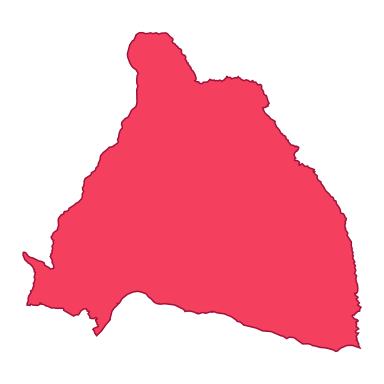 outline of Bantaeng, Sulawesi Selatan, Indonesia
{"feature_id": "22746128B71175962379658", "entity_name": "Bantaeng", "entity_type": "district", "adm_level": 2, "iso_a3": "IDN", "parent_name": "Indonesia", "parent_adm1": "Sulawesi Selatan", "projection": "albers", "projection_center": [119.991, -5.472], "detail": "fine", "context": "isolated", "style": "filled", "palette": "rose", "viewbox_px": 384, "rotation_deg": 0, "n_neighbors": 0, "source": "geoboundaries", "source_scale": "gbopen_adm2", "svg_char_len": 5883}
<svg xmlns="http://www.w3.org/2000/svg" viewBox="0 0 384 384"><path d="M161.3,33.2L158.7,34.2L156.5,32.8L152.8,33.6L150.5,32.8L148.1,33.5L145.5,33.6L142.4,32.6L139.0,32.9L136.3,34.6L133.8,40.3L132.4,40.9L129.8,44.8L127.4,53.8L127.7,57.0L129.9,63.0L131.5,65.8L133.0,67.6L136.1,69.8L138.1,73.3L137.1,75.9L136.7,80.2L136.8,83.1L137.9,86.1L136.7,89.7L137.0,102.1L136.1,106.4L131.6,110.2L128.2,117.1L125.2,118.6L122.0,122.0L121.5,124.6L122.2,126.1L122.3,128.1L120.5,129.9L119.2,133.1L118.7,136.8L117.5,139.8L118.4,141.7L118.1,142.5L114.9,145.1L113.6,145.6L112.8,146.7L109.1,147.3L107.5,149.2L103.1,152.7L100.6,155.8L99.9,160.1L98.3,163.5L98.1,165.7L95.9,168.0L95.8,169.1L95.1,170.5L91.5,172.7L91.1,174.4L90.0,175.5L85.3,178.4L84.1,181.2L84.2,183.2L83.6,186.4L82.5,187.5L82.7,189.9L83.8,191.2L82.1,194.4L82.4,195.7L82.0,198.1L81.3,199.1L78.1,202.4L76.3,203.1L74.0,205.2L69.1,208.3L68.6,210.1L66.5,211.4L64.6,211.4L63.9,212.3L63.6,214.1L61.3,214.8L58.7,218.1L58.2,219.9L58.6,226.0L57.5,228.5L57.3,230.1L54.6,231.8L53.1,233.3L52.3,235.6L51.2,236.6L51.5,238.4L52.8,240.1L53.7,240.4L53.1,242.1L53.7,243.6L52.0,246.1L52.7,248.8L52.0,250.4L52.0,253.1L50.8,254.1L51.1,255.1L50.2,256.4L52.4,260.7L52.0,261.9L52.5,263.5L53.4,264.5L53.8,268.2L50.7,269.1L49.1,267.7L44.8,265.3L44.1,262.8L41.7,261.5L38.7,260.9L33.0,258.0L30.3,257.4L28.3,256.2L25.9,252.9L24.2,252.2L23.3,252.4L23.0,255.0L24.9,259.7L28.1,262.9L31.1,264.7L31.4,265.7L32.6,266.4L33.8,269.3L34.4,269.6L34.2,271.8L35.5,272.5L34.2,276.8L34.2,277.7L35.0,278.6L34.5,281.4L33.3,283.5L34.0,286.2L33.2,286.8L32.7,289.0L31.9,290.3L30.7,290.8L30.6,291.5L31.1,292.5L28.7,296.1L28.1,298.7L28.4,300.6L27.2,303.1L27.0,305.0L30.1,305.4L30.3,304.6L31.2,304.2L33.0,305.1L37.8,305.4L40.0,304.2L39.9,303.1L40.6,303.0L41.5,304.2L43.6,304.4L46.1,306.0L48.0,306.3L51.6,308.1L53.4,307.7L55.8,308.3L63.0,308.3L63.5,308.6L63.7,310.3L73.7,316.1L75.5,314.9L78.5,314.8L81.0,310.8L83.9,308.9L86.5,308.9L87.2,311.1L89.1,311.4L88.9,312.7L88.0,313.6L89.6,316.1L90.0,318.0L91.6,318.6L94.4,318.5L95.9,317.5L97.1,318.6L97.0,319.4L95.6,319.8L95.9,321.3L97.0,322.8L97.0,324.1L98.2,325.6L98.2,326.5L93.7,328.5L92.9,329.4L94.3,331.1L94.8,333.2L96.6,335.7L101.5,330.9L106.1,324.4L110.3,319.6L110.0,319.0L111.9,311.4L113.8,308.4L117.8,304.6L117.4,303.5L118.3,303.8L119.4,303.1L122.2,298.5L127.4,294.4L132.9,292.0L137.9,291.3L141.4,292.1L146.1,293.8L148.4,296.8L151.5,299.2L154.1,302.2L156.9,303.6L158.5,303.9L159.1,303.4L159.8,304.2L164.8,303.7L174.5,304.9L183.7,309.4L185.0,311.5L186.5,311.1L190.4,311.1L194.5,312.2L197.0,313.5L197.6,313.1L198.3,313.9L202.4,312.5L206.1,313.3L206.1,313.9L206.2,313.2L207.5,312.7L212.2,311.4L212.8,311.8L212.2,312.1L213.4,312.2L212.9,312.0L212.9,311.6L213.5,311.5L217.4,312.9L224.2,313.8L231.6,316.8L236.6,320.4L237.1,321.3L240.6,322.2L243.7,325.0L256.4,328.1L262.5,330.8L271.2,331.6L281.1,335.8L283.0,336.1L286.7,338.6L289.5,337.1L294.0,337.6L302.6,343.9L308.4,343.8L310.6,344.4L312.8,345.7L314.2,345.7L320.2,347.4L325.8,347.9L330.9,349.2L333.2,349.9L335.9,351.4L337.8,350.8L340.5,348.2L346.8,345.5L352.2,345.3L359.9,347.9L358.6,345.6L358.7,343.7L357.8,342.6L357.7,341.2L356.4,340.3L357.1,339.4L356.2,336.3L358.4,333.1L356.3,333.0L355.5,331.8L355.7,331.1L357.6,329.4L358.7,328.9L357.5,327.4L356.2,326.9L356.6,323.4L355.7,322.2L356.3,321.6L357.7,321.5L358.2,320.8L357.2,319.7L354.5,318.9L352.2,316.4L352.7,315.1L354.5,315.0L355.2,313.5L357.0,312.4L357.2,311.5L359.6,311.1L359.9,308.9L361.0,307.2L357.7,305.1L359.4,302.8L358.0,301.6L357.7,300.7L356.2,299.7L356.8,298.5L357.9,297.8L357.9,297.1L355.7,295.6L354.5,293.7L355.0,293.1L356.1,293.5L356.9,292.8L357.7,291.0L357.8,288.9L357.5,284.6L356.1,281.4L355.9,278.5L356.6,275.7L354.5,273.5L355.8,270.4L354.7,267.7L355.4,265.6L353.7,263.5L353.7,263.0L354.8,262.1L352.6,257.8L353.4,256.0L352.6,254.8L353.0,252.5L352.0,250.5L352.1,248.4L351.3,246.1L351.3,241.8L347.3,235.8L347.1,235.0L347.8,233.1L345.2,229.2L345.7,228.4L345.1,227.5L344.8,225.5L345.6,222.7L345.0,221.6L346.1,220.1L346.3,218.5L344.7,216.7L344.4,215.1L343.1,213.6L340.8,213.2L340.1,209.3L338.4,206.2L336.5,204.0L335.9,201.0L333.9,200.4L333.6,198.4L332.9,197.3L330.8,196.4L329.2,194.0L325.5,190.5L323.6,186.7L321.3,183.8L320.9,181.9L317.8,179.7L317.2,178.1L317.2,175.7L315.2,174.3L314.4,172.5L313.3,171.9L313.5,171.4L314.4,171.2L313.5,170.5L314.2,169.5L308.9,167.6L308.1,167.1L307.8,166.1L304.8,166.4L302.3,163.7L299.2,165.3L298.8,164.3L299.6,162.8L299.2,162.0L297.7,160.8L294.6,160.4L295.0,158.4L295.7,158.1L294.8,157.1L294.0,154.2L296.0,151.3L297.0,151.1L297.3,150.0L298.3,149.6L298.7,147.3L297.5,146.6L296.5,146.7L296.0,146.1L295.0,146.7L294.8,146.1L292.9,145.2L290.7,144.9L290.2,143.8L288.2,141.7L288.3,140.4L286.2,139.0L285.6,136.5L284.5,135.6L283.0,135.3L282.4,134.0L281.0,133.3L279.3,129.9L276.6,126.8L274.7,122.7L275.2,121.4L270.5,118.6L268.8,116.3L265.5,113.6L264.4,112.1L262.7,107.9L265.3,107.4L268.1,105.9L267.3,105.2L269.1,103.6L269.1,103.0L268.3,102.2L266.4,95.7L264.8,94.9L263.7,93.7L263.4,91.3L261.6,88.8L261.7,86.1L261.3,85.1L259.9,84.4L258.0,85.0L255.7,82.1L253.5,82.2L252.8,80.6L252.1,80.8L251.4,81.7L249.5,81.5L248.3,80.4L247.3,80.4L246.6,79.8L243.7,80.6L241.4,79.5L240.2,78.2L239.1,77.8L238.2,76.6L236.9,78.0L235.6,77.6L231.6,78.8L230.4,77.4L228.0,77.5L227.4,76.6L226.7,76.5L226.3,77.8L225.1,78.6L224.6,79.8L222.9,80.4L222.0,81.3L219.8,80.1L217.7,80.9L216.7,80.5L214.9,80.8L214.2,80.0L212.5,80.5L211.6,79.9L210.6,80.1L210.0,79.3L207.6,82.0L203.3,82.2L202.4,83.6L200.8,83.6L199.1,82.9L198.8,81.9L196.0,81.6L194.8,80.7L195.6,80.3L196.2,78.7L195.1,74.8L193.1,71.1L191.3,69.7L190.9,67.6L188.2,64.3L188.1,63.0L187.1,62.8L186.4,60.4L185.5,59.8L185.3,59.0L185.8,57.1L184.9,55.4L182.8,54.7L181.7,53.4L181.3,51.6L181.6,50.6L180.9,49.3L178.3,48.0L177.7,46.7L175.9,45.4L175.2,44.2L172.6,42.6L172.2,41.2L172.9,40.0L172.8,38.7L169.8,36.3L167.5,33.7L165.8,32.9L161.3,33.2Z" fill="#f43f5e" stroke="#9f1239" stroke-width="1.5"/></svg>